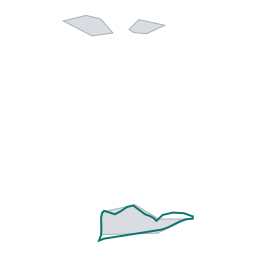 Saint Croix on a map of United States Virgin Islands (Robinson projection)
{"feature_id": "VIR-4870", "entity_name": "Saint Croix", "entity_type": "state/province", "adm_level": 1, "iso_a3": "VIR", "parent_name": "United States Virgin Islands", "parent_adm1": "", "projection": "robinson", "projection_center": [-64.734, 17.738], "detail": "fine", "context": "in_parent", "style": "outline", "palette": "teal", "viewbox_px": 256, "rotation_deg": 0, "n_neighbors": 0, "source": "natural_earth", "source_scale": "10m", "svg_char_len": 715}
<svg xmlns="http://www.w3.org/2000/svg" viewBox="0 0 256 256"><path d="M135.2,204.9L158.6,219.0L186.9,219.0L157.3,233.2L100.7,234.6L101.9,211.9L135.2,204.9ZM113.0,33.0L92.1,35.9L63.2,21.0L86.0,15.4L100.7,18.9L113.0,33.0ZM164.7,25.3L146.3,33.7L133.8,32.6L129.0,29.5L138.9,19.6L164.7,25.3Z" fill="#d9dde1" stroke="#a8b0b8" stroke-width="1"/><path d="M192.8,218.6L185.6,219.4L179.6,221.6L167.8,227.5L161.7,229.6L104.3,238.6L99.0,240.6L101.1,235.1L101.4,230.5L101.1,217.4L102.0,213.3L104.2,210.8L114.8,214.3L120.7,211.3L126.9,207.0L133.5,205.4L134.2,206.2L144.9,214.2L150.8,216.4L153.8,218.2L156.4,220.8L162.8,214.9L172.8,212.6L183.7,213.2L192.8,216.4L192.8,218.6Z" fill="none" stroke="#0f766e" stroke-width="2"/></svg>